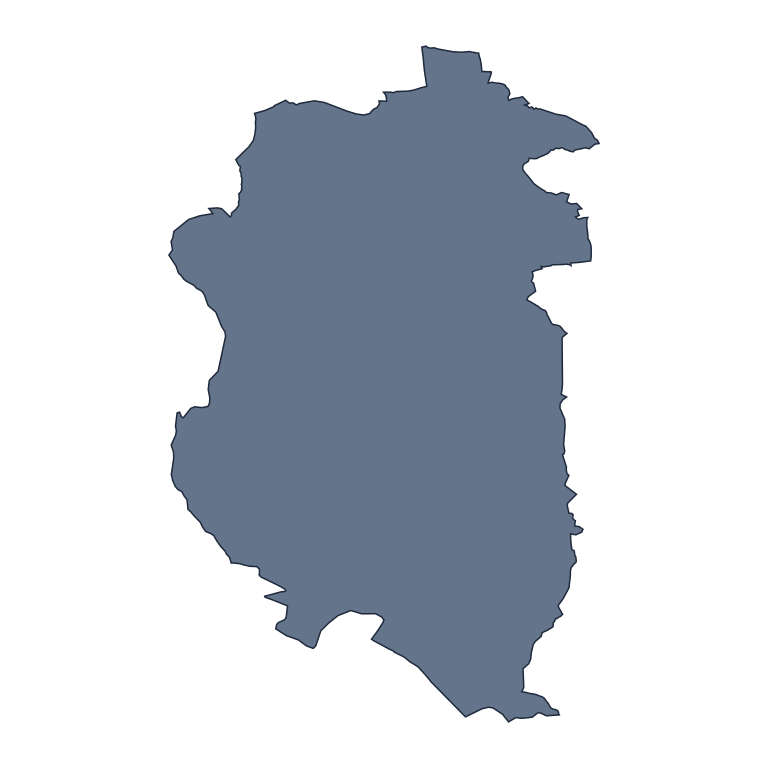 Boteni, Arges, Romania
{"feature_id": "2599482B33431600149134", "entity_name": "Boteni", "entity_type": "district", "adm_level": 2, "iso_a3": "ROU", "parent_name": "Romania", "parent_adm1": "Arges", "projection": "robinson", "projection_center": [25.134, 45.176], "detail": "fine", "context": "isolated", "style": "filled", "palette": "slate", "viewbox_px": 768, "rotation_deg": 0, "n_neighbors": 0, "source": "geoboundaries", "source_scale": "gbopen_adm2", "svg_char_len": 6075}
<svg xmlns="http://www.w3.org/2000/svg" viewBox="0 0 768 768"><path d="M559.3,714.9L558.7,713.8L558.5,712.8L558.4,711.9L557.9,711.0L557.3,710.4L556.0,709.8L552.7,709.0L550.7,707.7L549.6,706.0L548.4,703.6L545.6,700.2L544.5,698.5L543.6,697.7L541.5,696.5L539.9,696.1L536.0,694.5L528.7,693.2L525.4,692.3L521.8,691.8L523.7,687.7L523.6,682.1L523.0,668.7L528.6,663.8L530.6,659.3L531.3,652.8L533.3,644.2L535.6,641.2L541.1,636.5L542.2,632.6L547.3,630.3L552.0,627.5L553.2,626.3L553.1,623.3L554.9,620.7L555.4,618.9L557.4,618.3L558.9,617.1L560.8,616.2L562.6,614.3L558.4,606.9L558.4,605.2L563.0,598.9L569.0,587.8L569.5,582.6L570.0,579.2L570.4,574.3L570.4,571.6L570.9,568.5L571.4,567.3L572.3,566.3L572.9,565.4L575.9,562.2L576.2,561.7L576.3,560.2L575.8,558.1L575.9,557.8L576.0,557.5L574.7,554.7L574.3,551.1L574.0,550.5L571.9,549.9L570.8,541.5L570.6,533.9L575.9,534.8L581.8,532.1L582.8,529.5L583.0,529.3L579.5,526.8L574.6,525.8L575.4,520.7L573.9,519.8L572.6,517.8L573.1,514.7L571.6,513.4L568.9,513.2L567.2,505.2L567.8,503.0L576.5,494.3L565.0,485.5L565.4,483.0L566.9,479.8L568.9,475.2L567.1,474.1L566.2,469.4L566.5,467.3L562.5,454.7L564.1,453.8L564.7,450.9L563.6,444.5L565.1,426.4L564.7,419.2L560.0,408.2L560.1,404.1L562.8,399.8L566.6,397.0L561.2,394.4L561.9,390.4L562.5,384.1L562.1,337.5L567.0,333.4L565.0,332.1L563.7,330.8L562.8,329.7L562.1,328.5L560.4,326.5L558.6,325.6L552.6,324.3L551.5,323.2L548.0,316.3L547.2,315.0L546.8,313.9L546.7,313.0L545.7,311.0L544.8,310.3L543.2,309.8L541.3,308.9L539.4,307.5L538.7,306.7L531.3,302.3L526.7,299.8L528.4,296.6L535.6,291.2L533.6,283.1L531.6,281.7L531.4,280.9L532.7,278.2L533.1,275.7L532.6,273.3L532.1,272.0L535.1,270.6L542.2,268.7L541.1,266.4L543.6,266.9L551.1,265.7L552.2,264.8L563.9,264.5L565.3,264.1L569.8,264.7L571.0,265.6L570.7,263.0L579.2,262.4L590.7,260.9L591.2,256.6L591.2,247.9L590.9,245.2L589.5,241.1L587.7,238.0L588.0,237.1L587.5,231.3L586.8,226.5L586.8,219.7L587.8,217.5L583.9,217.7L578.3,219.3L575.4,217.1L579.3,215.3L577.5,211.8L577.9,209.4L581.8,208.8L576.7,203.5L571.2,204.0L566.6,201.9L569.1,194.5L561.5,192.5L556.4,194.9L551.5,193.0L546.3,192.5L544.8,191.0L541.9,189.4L536.7,185.8L534.0,183.7L533.1,182.7L529.9,178.4L525.1,172.9L523.0,169.9L522.7,168.7L522.8,166.9L523.2,165.3L523.8,164.4L525.3,163.1L527.9,161.7L528.4,161.1L529.2,158.3L531.8,158.6L535.7,158.7L537.4,158.3L538.8,157.3L541.8,156.2L547.0,153.9L548.0,153.3L549.1,152.3L550.9,150.2L552.5,150.2L553.5,150.0L555.6,148.3L556.7,148.3L558.2,148.6L559.5,148.5L561.1,147.8L562.1,147.7L562.9,148.0L565.1,149.6L567.4,150.0L569.6,151.1L572.1,151.7L573.1,151.8L573.5,151.7L574.8,150.1L578.8,149.2L580.1,149.1L584.2,148.0L585.9,147.9L588.0,148.3L589.1,148.8L594.9,144.2L599.1,143.5L597.4,140.1L594.5,138.3L591.6,132.6L585.6,126.0L583.5,125.3L565.7,115.9L556.0,114.2L539.9,108.9L537.5,109.0L536.6,108.5L536.0,107.9L534.0,109.2L533.2,108.7L533.0,107.8L532.3,107.2L531.3,107.0L530.5,107.5L529.6,107.7L528.7,107.4L527.4,105.8L524.8,105.1L529.0,103.5L522.6,96.7L518.2,97.9L515.2,98.2L512.1,98.8L508.8,100.4L508.8,99.6L507.9,98.3L508.1,97.3L508.4,96.4L509.8,94.0L509.8,93.3L508.8,89.7L505.7,86.5L505.2,85.1L502.5,83.9L497.7,83.0L496.8,83.2L491.7,82.2L489.4,83.0L488.0,83.1L491.4,72.9L491.0,71.7L488.3,71.8L483.8,71.5L481.9,71.7L481.3,65.0L480.8,62.2L480.1,58.6L479.3,56.4L478.6,53.0L477.2,53.0L474.7,52.7L474.6,52.4L472.6,52.3L469.1,51.5L468.3,51.7L461.4,52.2L453.3,51.8L437.9,49.0L434.3,47.8L430.4,48.1L427.9,47.6L426.0,46.1L421.8,47.1L423.0,56.3L424.5,71.4L426.8,86.3L420.9,87.8L414.4,89.9L410.8,90.7L406.6,91.2L396.4,91.5L394.8,92.2L393.2,92.7L390.3,92.1L383.5,92.2L385.5,94.7L386.4,97.7L386.6,101.3L379.0,100.9L379.5,103.9L377.1,107.4L375.4,108.4L374.0,109.0L372.3,110.5L371.0,111.9L370.0,113.3L369.4,113.6L363.9,115.0L356.4,114.0L346.7,111.0L324.5,102.5L314.4,100.8L299.2,103.5L297.2,104.7L295.4,104.6L294.3,103.4L292.6,102.9L289.4,103.1L285.7,100.3L274.3,105.7L273.6,106.8L264.6,110.6L254.5,113.4L255.4,116.0L255.9,119.2L255.4,122.0L255.7,127.4L254.9,134.2L253.3,140.5L248.8,146.9L235.8,159.6L238.6,165.0L240.3,166.5L240.3,167.7L239.9,169.5L239.9,170.7L240.1,171.6L240.9,172.6L241.2,174.6L241.1,176.3L242.0,177.9L241.7,183.7L241.4,184.1L241.4,185.0L241.8,186.1L241.9,187.0L241.4,188.7L241.9,189.6L241.9,190.1L241.0,191.0L240.6,192.1L240.3,192.5L239.3,193.2L238.7,194.3L239.3,196.0L239.0,197.6L239.4,199.3L238.6,201.5L238.5,203.4L238.8,204.4L238.7,205.3L235.9,209.3L231.8,212.8L231.5,213.6L231.5,215.5L230.1,216.9L221.7,208.7L217.4,207.9L208.8,208.5L212.9,213.6L199.8,215.8L188.6,219.5L173.9,231.4L172.7,238.3L171.1,241.4L172.5,249.9L168.9,255.1L176.0,266.0L178.7,273.4L181.1,275.5L184.0,279.4L186.4,281.2L194.2,285.5L196.3,288.1L201.9,291.2L204.4,294.9L208.1,305.4L215.8,312.1L221.4,326.0L224.9,331.9L225.6,336.2L218.1,371.2L209.3,380.4L208.2,389.5L209.8,397.8L209.5,403.2L208.0,406.4L202.2,407.6L194.7,406.8L190.6,408.5L183.3,417.8L181.4,416.7L179.6,412.1L177.1,412.9L175.5,426.4L176.4,430.7L175.7,435.0L171.2,445.1L173.5,452.0L173.7,458.6L171.3,474.7L171.6,475.3L172.6,480.3L175.3,486.5L177.9,489.5L181.8,491.7L184.3,496.2L187.0,499.8L188.0,509.4L190.8,511.9L194.3,516.1L200.4,522.4L202.2,526.5L205.6,531.4L211.3,533.9L213.7,535.5L217.3,541.7L221.4,547.3L225.0,551.0L226.4,554.1L229.4,557.2L231.3,563.1L232.5,562.9L239.8,563.7L244.2,565.0L249.7,566.3L256.7,566.6L259.4,569.1L259.5,572.2L259.1,574.9L261.1,577.1L274.6,583.6L281.9,587.3L285.2,589.5L285.7,590.6L284.8,591.5L281.2,591.8L264.7,596.2L265.0,597.1L273.6,600.3L287.5,605.9L287.5,606.7L287.2,608.3L286.4,615.6L285.8,618.0L284.8,619.4L283.6,620.2L278.5,622.5L276.7,624.4L275.7,628.8L286.5,635.7L298.5,640.0L306.5,645.9L313.2,648.4L315.7,646.0L320.8,630.8L328.6,623.1L338.0,615.6L350.8,610.5L361.7,613.8L375.5,613.7L381.9,617.1L383.9,620.1L382.8,622.7L378.1,630.2L371.5,639.2L373.5,640.6L390.0,649.5L393.0,650.7L394.3,652.2L402.5,656.2L405.0,657.7L409.7,661.6L418.0,666.8L425.0,674.4L428.9,679.1L431.1,681.9L465.5,716.9L482.0,708.8L488.5,707.2L493.1,708.0L502.6,714.3L508.6,721.9L515.8,717.6L522.2,718.3L532.3,717.2L537.5,713.0L539.9,712.7L546.4,715.8L559.3,714.9Z" fill="#64748b" stroke="#1e293b" stroke-width="1.5"/></svg>